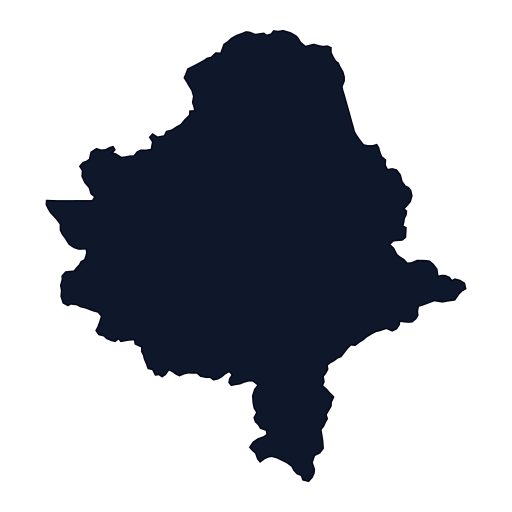 the district of Piedade, São Paulo, Brazil
{"feature_id": "56859067B69793301724328", "entity_name": "Piedade", "entity_type": "district", "adm_level": 2, "iso_a3": "BRA", "parent_name": "Brazil", "parent_adm1": "São Paulo", "projection": "orthographic", "projection_center": [-47.435, -23.801], "detail": "fine", "context": "isolated", "style": "filled", "palette": "ink", "viewbox_px": 512, "rotation_deg": 0, "n_neighbors": 0, "source": "geoboundaries", "source_scale": "gbopen_adm2", "svg_char_len": 4059}
<svg xmlns="http://www.w3.org/2000/svg" viewBox="0 0 512 512"><path d="M331.0,47.7L327.4,46.1L322.9,46.6L318.9,45.8L313.7,44.4L305.4,46.5L300.4,42.3L298.5,38.9L296.3,36.2L290.6,32.9L283.3,30.7L277.9,31.5L273.6,30.9L271.4,34.0L266.8,35.4L263.8,33.3L260.1,33.8L255.3,34.6L249.7,32.3L246.1,31.9L241.7,33.7L236.9,35.4L231.6,38.3L228.1,41.6L224.0,44.4L222.1,49.7L220.8,53.3L215.8,53.0L211.2,57.4L207.2,58.3L204.0,60.6L199.6,63.0L193.9,66.0L187.9,69.0L185.9,74.1L184.3,77.8L186.8,81.7L188.8,85.3L191.9,90.2L193.7,96.3L192.6,102.5L194.0,106.6L194.9,110.8L189.9,111.1L189.7,115.1L185.0,119.7L180.9,124.7L176.9,126.8L171.9,130.1L166.5,131.5L164.4,135.9L157.5,137.2L152.6,134.0L149.7,137.3L152.7,141.8L152.0,145.4L151.3,149.5L145.9,150.3L141.0,150.2L137.3,151.9L133.9,156.1L130.2,156.1L125.7,157.0L121.3,157.5L116.1,154.2L112.1,152.8L114.9,149.8L113.0,146.6L109.5,147.7L105.7,149.8L101.1,150.2L96.5,148.7L91.1,152.2L89.5,159.3L86.8,161.2L83.0,162.6L79.8,166.3L82.5,170.6L82.1,176.3L84.9,182.5L89.3,187.6L91.1,193.8L94.9,196.8L92.4,200.8L57.7,200.9L46.6,200.5L46.3,204.6L48.3,208.7L50.6,212.6L53.8,215.9L56.9,219.4L60.4,224.1L60.4,230.1L62.4,234.2L65.4,238.2L69.2,244.3L74.1,247.5L78.9,249.1L86.1,248.8L86.9,252.4L85.9,256.3L84.6,259.8L81.2,261.6L79.5,264.9L76.7,267.8L74.2,271.1L70.0,271.5L65.7,272.0L62.1,276.0L62.3,279.6L60.7,285.4L61.6,290.5L61.1,296.3L63.2,302.9L67.9,305.5L70.9,303.9L77.0,304.7L80.5,306.6L85.5,307.8L93.1,310.7L98.2,312.1L101.6,316.2L100.0,321.5L98.0,326.9L96.1,330.5L98.7,334.5L104.2,335.9L106.7,338.5L111.5,340.4L115.0,341.4L118.6,338.6L120.9,341.4L128.4,340.0L134.6,339.6L135.2,343.9L141.8,347.0L141.7,351.5L143.5,355.0L144.5,359.1L146.3,363.2L148.2,368.5L152.7,369.5L155.4,375.0L158.9,374.5L162.1,376.7L165.4,374.5L168.8,369.6L172.6,371.6L176.1,374.1L179.5,375.7L184.0,373.7L188.1,372.8L192.2,373.0L197.0,373.0L200.7,376.2L206.1,377.3L210.3,377.3L213.5,379.8L218.0,378.8L221.5,376.8L225.2,373.7L229.2,371.4L232.3,374.7L229.7,378.8L229.0,382.5L231.3,385.3L235.6,384.4L239.8,383.8L243.9,382.1L248.6,380.8L252.9,380.9L258.2,385.0L254.8,389.3L252.7,395.8L253.2,403.0L254.3,408.2L256.9,412.4L254.1,417.7L255.5,421.8L258.6,424.8L260.5,428.2L266.4,430.3L267.1,434.5L263.9,436.8L258.0,438.9L253.2,442.2L249.8,447.3L252.1,450.0L255.7,453.1L257.6,458.7L260.1,461.9L264.6,458.5L268.3,456.9L271.9,456.3L277.3,457.8L281.9,460.1L287.3,462.8L292.0,466.4L293.9,470.2L297.1,473.7L301.4,475.4L302.9,479.9L308.6,481.3L312.2,477.2L314.0,473.1L314.4,469.3L312.1,462.6L314.4,455.5L319.8,452.8L323.2,448.3L322.6,440.4L321.9,435.8L320.8,429.6L323.5,426.2L325.3,422.2L327.3,418.7L326.0,414.7L328.7,410.0L331.0,406.1L331.2,402.3L333.6,396.9L329.0,392.3L326.4,389.2L322.3,385.7L324.0,381.8L323.1,376.3L325.6,373.2L327.7,369.2L327.1,365.1L330.5,362.4L333.5,360.9L337.5,357.9L340.9,356.6L343.5,353.3L347.6,348.0L350.8,344.8L355.1,345.3L359.5,341.9L363.0,339.8L366.3,336.9L370.9,334.1L375.9,331.4L379.6,330.6L386.5,328.3L392.2,330.9L396.4,328.9L399.1,324.9L399.8,321.1L404.6,321.8L408.7,322.1L412.1,321.8L415.8,318.7L417.8,315.4L417.4,311.0L418.3,306.2L422.7,304.9L429.4,302.4L434.3,300.6L442.5,301.9L447.5,300.9L451.4,300.4L454.7,299.9L458.8,294.0L461.9,290.9L465.7,288.7L464.4,283.2L459.8,280.4L455.0,279.1L451.8,280.7L449.3,277.4L445.2,275.6L441.8,275.5L437.9,276.4L436.8,269.1L433.1,264.3L429.3,261.1L424.4,260.6L417.2,260.5L411.5,262.9L407.2,263.3L403.6,259.4L399.5,256.9L396.7,254.5L393.6,248.3L389.5,244.5L393.2,240.8L397.4,240.4L402.2,240.0L405.5,237.3L406.0,227.7L402.7,226.0L403.8,221.9L404.2,218.4L406.0,215.0L406.5,211.1L403.8,208.9L406.8,205.7L410.2,201.6L411.9,195.9L410.7,190.5L408.4,187.6L405.1,186.0L401.9,181.5L400.3,175.0L396.5,170.0L392.2,168.8L387.4,169.7L385.1,165.0L385.5,159.9L381.5,156.7L379.8,152.2L378.5,147.5L376.7,144.6L372.8,145.8L367.8,145.8L363.5,144.9L361.0,141.8L358.7,138.7L356.0,134.8L354.2,131.5L353.1,127.0L352.0,123.3L350.5,117.8L348.8,111.6L344.2,95.3L342.6,90.1L341.9,86.6L344.2,80.9L344.2,77.0L342.8,71.9L339.9,66.9L338.2,63.1L335.5,61.0L333.0,56.9L331.0,52.6L331.0,47.7Z" fill="#0f172a" stroke="#020617" stroke-width="1.5"/></svg>